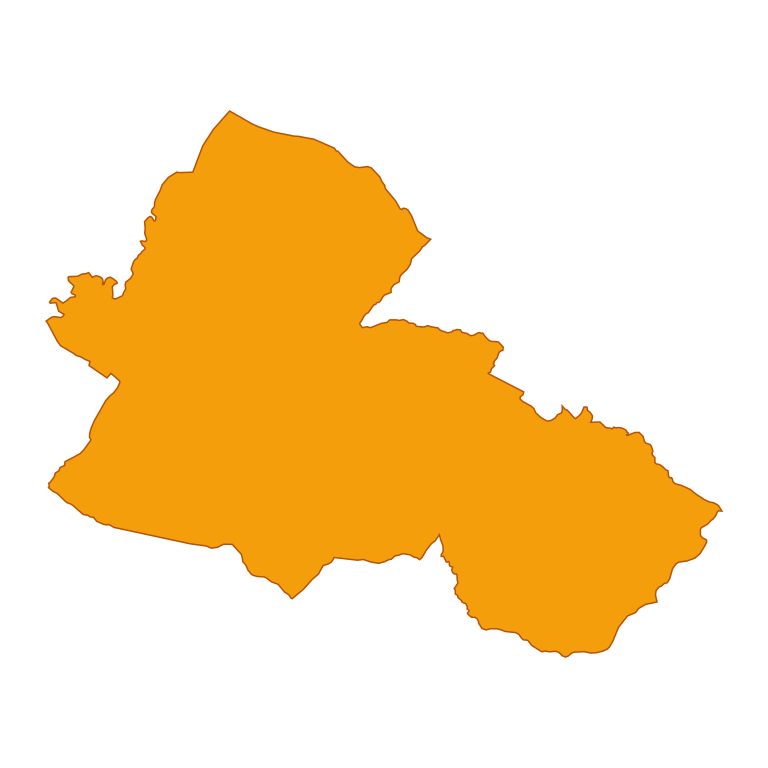 Sesquilé, Cundinamarca, Colombia (orthographic projection)
{"feature_id": "7082276B63627699058168", "entity_name": "Sesquilé", "entity_type": "district", "adm_level": 2, "iso_a3": "COL", "parent_name": "Colombia", "parent_adm1": "Cundinamarca", "projection": "orthographic", "projection_center": [-73.794, 5.015], "detail": "fine", "context": "isolated", "style": "filled", "palette": "amber", "viewbox_px": 768, "rotation_deg": 0, "n_neighbors": 0, "source": "geoboundaries", "source_scale": "gbopen_adm2", "svg_char_len": 6061}
<svg xmlns="http://www.w3.org/2000/svg" viewBox="0 0 768 768"><path d="M48.5,487.6L52.7,491.1L57.2,493.5L66.5,502.4L71.1,504.2L73.4,505.9L83.1,514.4L88.0,515.4L90.1,516.8L93.7,517.5L96.7,521.3L103.0,524.1L105.9,524.8L109.3,524.7L113.9,527.4L190.2,543.8L206.3,546.0L211.5,548.2L217.5,547.3L223.7,544.2L232.3,544.4L241.3,554.3L242.1,556.7L242.8,561.7L245.6,564.8L248.1,570.4L251.2,574.1L253.1,575.3L257.3,576.5L264.1,576.9L266.6,578.1L271.5,581.9L278.1,584.3L284.6,592.1L288.7,594.7L291.1,598.2L292.2,598.7L303.8,588.9L312.0,579.6L318.5,574.0L323.1,565.6L328.4,563.9L331.1,562.3L332.8,560.1L334.0,557.5L357.6,560.2L363.3,559.5L371.5,562.2L378.9,563.3L384.9,561.6L388.7,559.7L391.3,559.3L394.8,555.9L398.7,555.2L402.4,553.8L403.9,553.8L410.3,554.9L414.1,557.2L417.0,557.7L419.7,559.7L422.2,557.3L426.2,550.3L431.4,543.7L435.1,540.9L439.4,534.7L440.6,539.6L442.9,545.7L443.2,550.3L442.9,551.9L441.2,554.8L441.2,556.5L443.5,556.2L446.3,562.0L447.5,562.1L448.2,561.5L449.1,561.9L449.4,565.2L449.9,566.1L452.7,567.2L451.7,570.0L452.8,572.7L454.3,574.0L456.2,573.9L457.0,574.9L457.1,579.4L457.9,583.1L454.2,588.6L455.3,590.2L455.3,594.0L457.5,595.4L458.1,597.7L461.4,600.5L462.2,602.3L465.6,603.5L467.3,606.5L467.1,608.8L468.9,610.3L469.0,611.0L467.5,613.1L467.6,613.8L470.7,616.7L471.8,617.3L474.9,617.3L477.0,618.7L478.3,621.0L478.8,623.5L482.1,628.6L486.2,629.9L490.3,628.8L496.6,628.8L500.3,629.6L505.4,631.5L515.7,632.6L519.0,634.5L521.4,638.0L523.3,639.8L527.8,640.3L531.6,645.3L541.1,651.4L542.4,651.8L544.5,651.0L549.2,651.8L556.0,651.3L559.1,652.6L562.4,655.9L565.7,657.0L568.3,656.0L571.5,653.2L574.4,652.1L584.5,651.7L590.3,653.0L596.1,652.8L603.0,651.1L607.6,648.9L609.7,646.7L612.9,641.0L618.7,627.0L627.6,615.9L634.9,612.9L636.4,611.7L638.4,608.6L645.6,604.4L657.0,602.0L655.5,594.9L656.1,590.5L659.2,586.9L661.2,586.2L664.4,583.4L666.9,582.9L667.6,582.2L669.6,579.0L672.6,568.6L676.2,563.7L679.0,562.1L687.2,560.9L694.7,558.2L700.0,553.7L705.0,545.5L706.5,542.3L706.7,540.7L705.9,539.5L702.3,537.8L700.5,535.5L700.4,529.2L701.4,527.7L707.5,524.2L711.4,520.1L712.9,519.3L715.9,515.4L717.4,511.8L718.7,510.8L721.9,511.1L718.6,505.8L716.6,504.3L713.6,502.8L709.2,501.9L704.0,499.4L696.4,494.4L689.8,489.2L681.6,485.5L674.8,483.6L673.0,481.7L672.1,478.4L671.5,477.8L669.9,477.7L668.6,476.5L668.0,470.8L665.8,469.8L662.7,466.7L659.5,464.5L656.3,463.9L654.9,462.5L654.9,457.5L652.3,454.9L652.0,453.1L652.9,451.2L651.4,446.3L650.1,444.5L645.6,443.0L644.3,441.0L643.2,436.5L639.1,432.4L634.9,432.5L626.9,435.6L626.6,434.9L628.3,434.1L627.9,432.6L626.7,431.9L626.7,431.1L625.7,430.0L622.7,428.3L618.8,427.6L615.7,427.9L613.9,427.1L612.0,428.9L610.8,428.2L606.6,427.8L605.6,427.3L599.9,422.0L590.7,422.3L592.0,419.5L592.5,415.9L590.1,412.3L587.4,410.2L587.2,407.6L586.7,407.0L584.0,407.0L581.6,412.8L579.3,415.5L575.5,418.6L574.3,418.0L569.2,412.2L567.0,410.0L565.2,409.4L562.2,406.0L562.3,410.3L561.4,413.0L557.6,414.7L555.0,418.2L550.8,420.5L547.0,421.1L540.7,417.4L535.5,412.5L534.0,408.7L531.1,406.1L522.7,401.5L520.2,399.1L520.1,397.0L523.1,394.6L523.7,391.9L488.2,373.6L488.4,372.9L490.5,372.1L491.5,368.6L494.6,365.7L493.4,363.7L494.2,362.4L494.2,361.2L497.0,358.2L499.1,352.3L501.7,350.4L502.8,350.5L503.3,347.2L498.3,341.9L491.1,341.3L489.4,340.6L485.8,337.4L482.8,333.1L481.7,333.4L479.6,332.6L478.3,332.7L473.6,335.3L470.6,335.7L466.9,333.4L462.0,332.4L460.3,329.9L456.6,329.5L455.0,330.4L453.0,330.5L452.1,331.8L447.7,332.9L441.2,330.6L439.3,329.5L438.2,328.0L430.2,326.6L428.5,325.8L426.8,325.8L425.3,326.7L422.7,327.0L416.6,326.3L415.8,325.8L415.6,324.7L413.1,323.3L408.8,323.0L407.1,321.3L403.6,319.6L399.2,320.4L396.6,319.9L389.6,319.9L387.1,322.4L381.2,323.4L371.2,327.5L369.4,327.5L367.3,326.7L362.4,327.7L360.0,324.4L359.8,323.0L361.3,321.2L363.8,316.5L366.0,313.8L368.2,312.8L373.6,305.1L375.8,304.3L376.5,303.0L379.3,302.0L380.6,300.8L382.8,296.9L384.5,295.1L391.2,292.3L390.9,289.7L391.6,287.6L394.0,284.6L399.1,281.9L399.9,276.8L401.4,274.5L407.0,269.4L409.1,266.2L410.5,263.8L411.6,258.7L419.5,251.2L422.4,247.0L425.0,245.1L430.7,239.2L426.9,237.8L417.7,231.0L411.6,215.9L408.2,210.3L406.2,208.8L404.4,208.3L402.7,208.4L402.1,209.5L400.1,208.8L395.3,200.5L385.8,189.2L384.9,187.5L384.8,185.5L381.7,181.3L379.9,177.0L371.3,167.9L367.5,166.6L359.7,167.6L354.7,166.9L347.5,161.8L337.9,151.2L336.2,150.9L334.4,148.2L313.8,139.2L298.8,136.4L293.2,136.0L273.7,132.1L258.2,126.7L251.7,123.7L229.6,111.0L213.3,129.5L202.8,145.7L192.8,172.2L178.9,172.6L176.9,172.1L168.4,177.4L162.2,184.8L160.3,190.1L155.6,199.3L154.6,202.8L154.4,206.8L152.3,209.1L151.5,211.0L151.5,212.3L152.2,213.4L156.0,216.5L155.6,219.9L155.0,220.9L154.1,220.9L151.7,217.1L150.0,216.5L147.9,217.8L144.6,221.6L145.2,228.9L144.7,233.4L146.5,238.5L146.5,240.3L146.0,241.1L144.7,241.4L141.5,240.9L140.4,241.3L142.3,245.1L144.8,247.3L145.2,248.7L141.5,252.2L140.9,253.4L138.6,255.0L137.3,258.0L135.2,259.5L133.6,261.7L131.1,269.1L132.7,272.2L133.1,274.3L130.3,278.6L125.6,282.3L125.2,284.9L125.7,289.1L123.6,292.5L122.6,295.6L116.0,298.8L113.4,298.6L112.4,297.9L112.9,294.3L112.3,286.8L114.3,284.4L117.0,283.5L117.3,282.9L116.2,281.2L112.7,278.5L110.2,277.2L107.4,278.0L105.5,280.0L103.9,284.3L102.6,284.6L102.3,283.9L103.2,282.4L102.5,278.8L100.3,277.0L96.8,275.8L95.3,275.9L92.3,277.3L88.7,272.6L85.8,273.7L81.8,274.1L77.6,276.3L69.0,276.6L68.0,277.6L68.6,280.8L74.0,286.1L71.1,292.4L71.9,293.5L75.3,295.1L75.2,296.8L70.5,297.4L66.4,300.9L62.9,303.1L55.7,298.0L53.2,298.2L52.1,298.8L49.5,302.0L50.3,303.2L55.2,302.7L56.3,303.1L58.6,311.2L64.1,314.4L62.5,316.7L60.5,317.5L54.3,316.6L51.7,317.2L46.1,321.1L47.6,323.0L57.3,341.2L60.5,345.7L74.4,353.9L75.7,355.2L81.3,357.1L85.2,359.5L89.9,361.4L89.0,365.5L107.0,377.9L110.9,373.4L118.5,379.8L119.6,381.2L119.9,382.4L117.7,387.5L113.7,392.7L109.8,396.0L105.8,400.5L94.5,420.4L91.1,428.2L89.6,433.9L89.5,437.3L90.8,439.3L90.6,440.5L83.6,450.0L79.9,453.8L65.0,461.7L64.6,465.6L60.7,467.1L59.8,468.1L58.9,470.8L55.3,473.0L54.1,477.0L50.2,482.3L48.8,483.2L49.2,486.3L48.5,487.6Z" fill="#f59e0b" stroke="#b45309" stroke-width="1.5"/></svg>